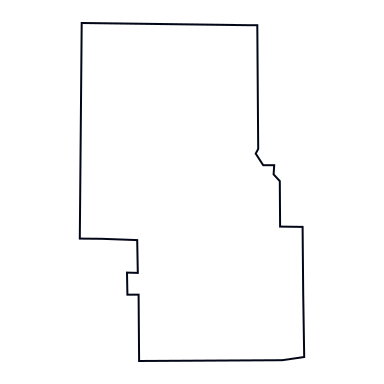 Richland, Ohio, United States of America
{"feature_id": "52423323B34604508478331", "entity_name": "Richland", "entity_type": "district", "adm_level": 2, "iso_a3": "USA", "parent_name": "United States of America", "parent_adm1": "Ohio", "projection": "albers", "projection_center": [-82.503, 40.773], "detail": "fine", "context": "isolated", "style": "outline", "palette": "ink", "viewbox_px": 384, "rotation_deg": 0, "n_neighbors": 0, "source": "geoboundaries", "source_scale": "gbopen_adm2", "svg_char_len": 398}
<svg xmlns="http://www.w3.org/2000/svg" viewBox="0 0 384 384"><path d="M139.1,361.0L282.3,360.2L304.2,357.0L303.2,293.8L302.6,226.9L280.1,226.6L279.8,181.1L273.6,174.4L274.2,165.2L263.2,165.2L255.7,153.6L258.2,149.0L257.3,25.2L248.7,25.2L81.7,23.0L79.8,238.6L101.7,238.8L137.2,240.1L137.8,272.9L127.0,272.6L127.4,294.7L138.6,294.7L139.1,361.0Z" fill="none" stroke="#020617" stroke-width="2"/></svg>